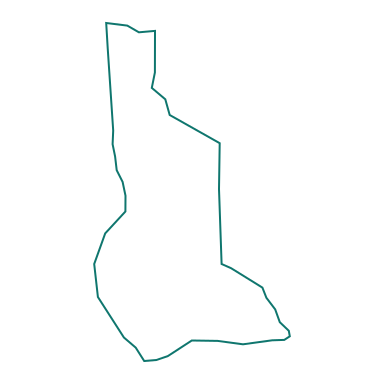 SVG path tracing the border of Abim
{"feature_id": "UGA-3126", "entity_name": "Abim", "entity_type": "County", "adm_level": 1, "iso_a3": "UGA", "parent_name": "Uganda", "parent_adm1": "", "projection": "natural_earth1", "projection_center": [33.73, 2.826], "detail": "fine", "context": "isolated", "style": "outline", "palette": "teal", "viewbox_px": 384, "rotation_deg": 0, "n_neighbors": 0, "source": "natural_earth", "source_scale": "10m", "svg_char_len": 596}
<svg xmlns="http://www.w3.org/2000/svg" viewBox="0 0 384 384"><path d="M107.7,48.1L106.2,23.0L127.3,25.6L138.9,32.3L155.0,30.9L154.9,72.5L151.8,87.9L165.3,99.3L169.7,115.0L219.7,143.2L219.0,189.1L221.6,264.0L231.1,268.2L262.4,287.6L266.4,297.8L275.2,309.4L279.8,322.2L288.8,330.8L289.8,336.3L284.3,339.9L272.2,340.3L243.0,344.3L217.6,340.9L191.8,340.5L167.8,356.1L156.4,360.0L144.2,361.0L135.7,347.6L123.9,337.5L97.9,297.0L94.2,264.0L105.2,233.4L125.4,211.5L125.5,195.7L122.6,181.9L116.7,170.2L115.1,156.5L112.6,144.2L113.2,130.6L107.7,48.1Z" fill="none" stroke="#0f766e" stroke-width="2"/></svg>